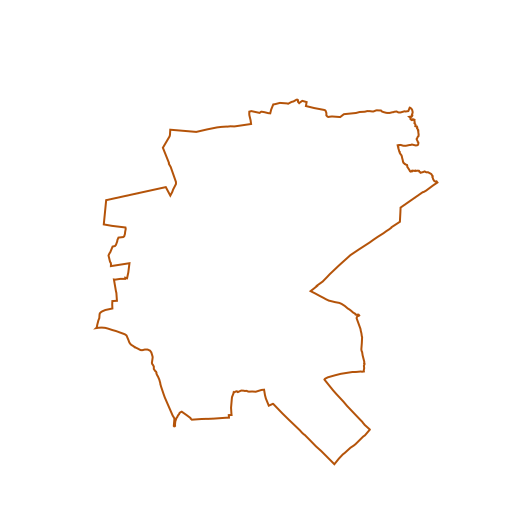 the district of Dragomiresti, Neamt, Romania, rotated 107°
{"feature_id": "2599482B54225851874210", "entity_name": "Dragomiresti", "entity_type": "district", "adm_level": 2, "iso_a3": "ROU", "parent_name": "Romania", "parent_adm1": "Neamt", "projection": "albers", "projection_center": [26.579, 47.028], "detail": "fine", "context": "isolated", "style": "outline", "palette": "amber", "viewbox_px": 512, "rotation_deg": 107, "n_neighbors": 0, "source": "geoboundaries", "source_scale": "gbopen_adm2", "svg_char_len": 6000}
<svg xmlns="http://www.w3.org/2000/svg" viewBox="0 0 512 512"><g transform="rotate(107 256 256)"><path d="M423.5,136.5L432.2,120.2L425.5,117.5L420.4,115.0L418.3,113.5L411.7,109.6L408.7,107.1L406.8,105.8L397.3,100.7L395.7,99.4L388.8,96.4L388.5,96.7L385.7,102.8L385.3,103.3L384.3,104.9L383.5,105.9L382.1,108.5L372.7,125.2L369.7,129.8L364.4,139.0L361.8,143.2L354.2,154.4L353.6,154.3L353.0,153.9L351.0,151.8L347.0,145.6L343.9,140.5L338.8,130.0L337.6,126.3L335.8,122.0L335.7,120.8L334.9,119.1L334.4,119.4L331.5,119.8L329.5,120.7L327.5,120.6L327.2,121.2L325.8,121.4L324.9,121.9L319.8,125.0L316.9,126.4L315.7,127.4L314.4,128.0L308.5,129.3L302.6,130.8L301.7,131.4L299.1,132.6L296.8,134.0L296.1,134.3L295.0,134.9L286.1,141.6L285.1,141.7L284.0,141.4L282.9,140.0L282.7,139.9L282.1,140.8L282.1,141.0L282.9,143.1L282.9,143.7L282.2,144.3L281.7,146.6L280.5,149.2L279.8,151.1L279.4,152.8L277.8,156.5L276.8,160.1L276.5,162.6L277.0,166.9L277.3,172.7L277.4,173.0L276.9,176.5L276.3,179.2L275.6,183.1L274.5,188.5L273.8,192.6L273.6,193.5L266.8,188.8L266.6,189.1L260.7,184.6L260.4,184.5L255.2,181.8L251.9,180.2L241.3,174.2L227.6,166.0L219.5,159.4L209.9,151.3L206.2,148.5L202.1,145.2L196.9,140.7L194.2,138.7L191.5,136.4L190.9,136.0L189.4,134.9L189.0,134.9L188.6,134.6L181.2,128.4L172.0,130.7L167.4,131.9L146.2,115.2L145.9,114.5L143.8,112.5L136.6,107.2L132.7,104.0L131.8,105.2L132.0,105.5L132.3,106.0L132.3,106.9L132.0,107.7L130.7,109.1L129.7,109.7L129.1,110.3L128.8,110.5L128.1,110.3L127.9,110.4L127.4,111.2L126.4,112.3L126.2,113.1L125.6,116.1L126.1,117.1L126.1,118.3L125.8,119.4L126.9,120.8L128.3,123.0L127.8,123.5L127.6,124.5L127.3,124.7L126.9,125.0L127.0,125.5L127.0,126.0L127.7,127.6L127.7,128.4L128.0,128.4L128.2,128.6L128.4,130.4L128.8,131.0L129.3,131.4L128.9,131.8L129.7,132.4L130.1,132.9L129.9,133.5L128.6,134.8L126.5,137.4L125.4,137.8L124.8,138.2L124.8,139.5L124.5,140.1L124.6,140.6L124.1,141.3L124.0,141.9L123.6,142.4L123.4,142.4L122.7,143.1L121.6,143.6L119.2,145.1L118.2,145.6L117.2,146.3L116.3,147.6L115.2,148.8L114.6,148.9L114.6,149.1L114.1,149.6L112.6,150.5L111.7,151.2L110.5,151.6L110.6,151.8L108.7,152.9L108.1,151.8L107.5,150.1L107.5,148.8L107.5,147.5L106.9,145.2L106.2,143.8L106.0,143.5L105.0,141.7L104.5,140.4L103.8,139.5L103.6,135.6L103.1,134.4L102.3,133.6L101.3,133.6L100.3,133.8L99.9,134.0L99.6,134.7L99.1,134.9L97.4,136.5L97.0,136.6L96.1,136.3L94.9,136.2L93.6,135.6L92.8,136.0L92.1,136.0L90.7,136.8L89.6,137.1L89.0,137.6L88.7,137.8L88.2,137.6L87.6,138.2L86.9,139.3L86.4,139.4L85.8,139.4L85.1,140.1L85.3,140.7L85.3,141.6L83.9,141.8L83.5,142.1L82.6,143.4L81.7,143.3L81.5,143.5L80.3,144.0L80.1,144.3L79.4,144.3L79.3,145.1L79.3,145.9L79.6,146.4L79.9,146.1L80.2,146.2L80.5,146.6L80.5,147.0L80.1,147.6L80.0,148.2L79.8,148.4L79.2,148.5L78.4,149.0L78.3,149.6L78.1,150.1L77.7,149.4L77.4,148.0L76.4,147.6L76.1,147.6L76.2,148.1L75.2,148.2L73.2,148.1L72.3,148.4L70.6,149.4L69.8,150.4L69.2,151.7L69.2,152.4L72.9,152.7L74.1,155.2L74.2,156.3L76.5,159.8L77.0,161.3L77.0,162.4L76.7,163.8L77.3,165.2L77.7,166.0L78.3,166.7L78.7,167.7L80.1,170.0L80.8,172.3L81.0,173.4L81.1,176.3L81.0,177.8L80.3,179.1L80.4,179.5L81.0,181.5L81.3,183.0L81.8,183.9L83.4,185.9L83.8,187.1L84.2,189.5L84.9,192.0L86.2,194.1L88.0,199.0L90.0,202.2L94.6,213.2L94.8,213.5L98.5,216.1L100.2,223.5L100.3,224.0L101.1,225.9L101.9,227.5L101.8,228.4L101.0,229.8L98.7,230.5L96.8,231.9L96.4,232.7L96.4,233.7L97.5,243.6L98.0,252.1L94.0,252.6L94.1,257.1L96.4,258.9L97.2,259.4L96.2,261.0L94.7,261.4L94.4,262.1L94.7,263.0L97.2,265.3L98.3,267.1L101.0,269.8L101.0,270.9L102.6,277.9L105.3,282.3L106.0,283.8L111.5,284.3L115.4,284.1L115.8,286.0L116.0,290.0L116.3,292.3L116.4,293.0L116.7,293.4L118.1,294.4L118.8,302.8L119.9,304.6L122.1,304.0L123.5,303.4L127.9,300.8L131.2,299.3L138.4,314.5L139.4,318.3L140.7,321.3L140.8,321.9L142.6,326.7L144.4,330.8L149.2,339.7L154.8,349.4L160.3,374.9L165.3,373.7L166.8,373.6L179.7,376.7L192.5,366.4L193.3,366.3L195.8,363.6L208.6,354.2L210.5,353.6L211.8,353.8L216.7,354.7L219.2,354.8L223.3,355.6L216.5,362.4L246.4,415.6L270.3,410.8L269.3,402.6L266.9,389.2L268.2,388.5L271.1,388.2L273.2,387.8L275.7,387.8L276.7,388.5L278.6,392.9L281.2,393.2L282.7,393.0L286.3,393.2L287.7,393.8L288.9,395.9L295.2,396.5L296.3,396.9L298.6,397.2L304.2,393.9L305.0,392.9L306.2,392.3L308.1,391.8L299.9,374.9L309.1,373.3L315.0,372.8L315.0,374.7L316.1,374.4L317.6,379.2L319.8,383.8L320.0,385.0L330.5,379.7L332.2,378.7L339.5,375.9L341.1,380.2L344.5,379.3L348.2,378.0L351.7,384.3L353.9,386.9L355.1,387.9L356.5,388.6L357.7,388.5L361.2,387.7L363.8,387.9L368.2,387.7L371.0,387.4L371.7,387.8L370.7,385.7L369.6,382.8L368.8,379.2L368.7,376.5L368.8,371.6L368.7,368.2L369.2,358.6L369.8,356.7L370.2,356.3L373.8,353.3L375.3,352.2L376.2,351.3L377.1,350.0L377.5,349.1L378.0,347.1L378.7,345.3L378.5,345.2L378.9,343.7L379.0,342.6L379.7,339.0L379.6,338.3L379.4,337.5L379.1,336.8L377.9,334.9L377.2,332.6L377.2,331.9L377.5,329.6L378.4,328.5L378.7,328.0L381.8,325.9L382.8,325.3L383.6,325.1L388.7,324.3L389.6,323.7L390.4,322.6L391.6,321.4L393.9,320.7L395.6,318.6L395.8,317.8L396.8,317.0L397.5,316.9L399.4,315.2L399.6,314.8L402.4,312.4L405.7,310.3L406.4,310.1L406.6,309.9L408.5,308.7L414.8,304.2L417.9,301.9L433.0,289.0L434.2,287.6L435.1,286.7L436.1,286.3L442.6,284.9L442.8,284.6L442.7,284.0L442.2,283.7L440.8,284.2L437.9,284.8L434.2,284.7L433.0,284.2L431.2,284.0L430.0,283.4L428.5,283.2L427.6,282.6L426.6,281.5L428.5,275.7L429.8,272.1L430.0,271.4L430.6,271.0L431.3,269.5L427.9,260.7L426.5,256.6L425.8,254.3L424.1,249.5L424.0,249.2L419.6,237.8L418.5,234.6L416.1,235.5L415.2,232.9L413.5,233.6L408.4,235.5L400.0,237.3L397.9,237.7L394.4,237.4L392.9,237.5L393.0,237.2L391.7,236.0L391.0,234.9L391.0,234.5L391.5,233.8L391.5,233.6L389.5,231.4L388.9,230.5L388.4,228.3L388.4,227.6L387.7,225.4L387.9,224.2L387.8,223.1L386.7,220.1L385.9,216.6L382.5,211.6L381.5,209.2L386.5,206.7L389.4,204.9L395.4,200.0L392.4,196.6L392.4,196.3L398.9,184.6L403.0,176.7L409.9,163.0L411.5,160.4L412.6,158.1L412.8,157.2L416.0,151.2L420.5,143.0L423.5,136.5Z" fill="none" stroke="#b45309" stroke-width="2"/></g></svg>